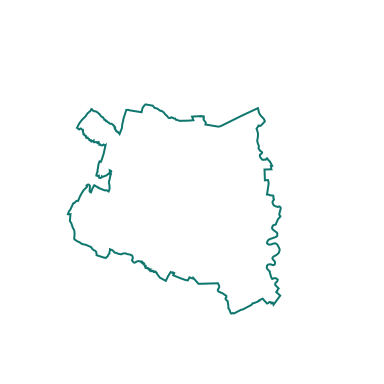 the district of Balesti, Gorj, Romania, rotated 305°
{"feature_id": "2599482B86837761601093", "entity_name": "Balesti", "entity_type": "district", "adm_level": 2, "iso_a3": "ROU", "parent_name": "Romania", "parent_adm1": "Gorj", "projection": "mercator", "projection_center": [23.167, 45.008], "detail": "fine", "context": "isolated", "style": "outline", "palette": "teal", "viewbox_px": 384, "rotation_deg": 305, "n_neighbors": 0, "source": "geoboundaries", "source_scale": "gbopen_adm2", "svg_char_len": 5993}
<svg xmlns="http://www.w3.org/2000/svg" viewBox="0 0 384 384"><g transform="rotate(305 192 192)"><path d="M298.5,197.9L282.5,188.7L262.9,178.0L261.5,177.0L260.6,176.0L255.0,164.3L255.8,164.1L256.8,163.4L257.9,160.0L259.2,159.3L259.3,159.0L259.8,159.0L260.7,158.1L258.8,155.6L259.1,155.5L253.8,148.8L251.6,152.0L248.5,148.3L243.1,140.9L242.5,138.5L242.0,137.5L242.5,135.9L242.1,135.5L241.8,134.8L241.8,133.5L241.2,132.1L240.4,132.0L239.4,130.8L239.4,129.7L240.0,127.9L240.2,125.7L241.0,123.1L241.0,120.3L240.4,119.7L240.3,119.2L240.4,116.0L240.1,114.6L239.4,113.2L240.2,110.3L237.1,103.7L235.6,103.3L232.5,103.3L228.4,104.9L223.2,94.2L222.8,92.9L221.6,91.1L212.2,94.0L210.8,94.8L208.0,95.8L204.2,97.9L198.0,99.4L198.3,98.6L198.2,98.2L198.7,97.9L198.5,96.5L198.7,96.3L198.3,95.8L198.6,94.5L199.2,93.8L199.2,93.1L200.3,92.4L200.0,91.9L200.2,91.6L201.1,91.4L201.4,90.5L201.4,89.4L201.7,89.2L201.8,87.0L201.2,86.3L200.9,85.3L200.9,84.4L201.1,84.0L200.9,82.7L201.2,81.6L200.7,80.9L201.3,79.9L200.9,78.8L201.3,78.5L201.5,77.5L202.1,76.4L201.8,75.5L201.9,73.9L202.8,71.4L202.7,70.3L203.0,69.6L202.9,67.0L202.5,66.2L202.1,65.8L202.0,65.0L201.9,63.9L202.4,62.7L202.2,62.0L200.5,62.3L196.3,61.3L192.9,61.4L188.0,60.5L183.5,60.3L178.6,61.0L178.5,63.7L179.9,64.1L180.3,64.6L180.0,66.0L180.4,66.9L179.7,67.7L178.9,67.9L178.4,68.8L177.0,70.0L177.4,70.8L176.8,71.5L176.8,72.1L177.1,72.9L175.7,74.2L175.9,74.8L176.7,75.3L176.2,76.4L176.4,77.4L175.6,78.2L175.7,78.7L176.4,79.3L175.5,80.4L175.6,80.7L176.3,80.8L176.7,81.5L177.7,81.9L176.6,82.7L176.5,83.1L178.3,85.4L178.3,85.8L177.9,86.2L177.9,86.6L179.0,86.6L179.3,86.8L178.7,87.4L178.4,88.4L177.5,89.1L178.3,89.9L178.3,91.0L178.5,91.7L180.2,92.4L180.1,93.4L180.5,94.2L180.8,94.3L172.6,97.7L166.9,99.5L164.3,100.0L164.0,98.7L161.6,99.3L154.7,102.6L154.4,103.1L152.9,103.2L150.6,104.2L150.9,105.2L152.0,106.3L151.3,106.8L151.0,106.7L150.4,107.9L151.0,109.1L152.1,109.5L153.1,109.2L153.0,110.0L156.5,112.4L158.4,112.9L158.9,113.5L159.7,113.5L162.0,112.8L162.6,112.2L162.8,113.5L162.5,114.1L161.6,114.0L160.9,114.4L160.2,115.4L159.7,115.3L152.0,118.5L150.3,120.4L147.4,122.6L144.6,123.4L144.4,121.2L144.2,120.6L143.3,119.7L141.7,112.9L142.0,112.8L141.6,110.1L141.5,108.1L138.4,108.3L133.7,109.4L133.6,108.2L134.0,107.6L138.4,105.0L138.9,103.4L138.6,102.7L138.0,102.2L136.8,101.9L136.3,103.0L131.2,102.2L128.3,102.3L123.9,102.8L119.3,103.8L118.5,102.5L115.4,101.9L114.7,101.2L108.0,102.4L104.9,102.4L102.6,103.1L102.8,103.6L104.2,105.1L98.2,108.6L97.1,111.2L94.3,114.9L93.4,116.9L92.6,118.0L90.1,120.0L86.3,122.2L85.8,122.8L85.8,126.0L86.3,128.7L86.3,131.6L87.9,135.5L89.0,140.9L88.2,143.0L88.0,144.7L88.3,146.3L88.1,147.7L87.1,148.6L86.8,149.2L85.5,150.1L87.9,157.9L88.3,158.3L88.6,159.3L91.4,159.8L92.3,159.5L94.3,159.6L95.3,158.9L97.2,158.3L98.1,157.7L98.7,160.8L98.1,162.5L98.1,163.7L98.7,165.0L99.1,167.0L100.3,169.7L102.1,170.8L103.6,172.7L104.0,174.6L105.1,176.9L105.6,179.1L105.1,180.2L104.3,181.1L103.6,181.6L101.6,181.9L100.9,184.3L101.0,185.2L101.3,185.7L103.3,186.6L104.7,187.7L105.6,189.7L105.5,190.1L105.9,190.1L106.1,190.4L105.7,190.8L106.1,191.2L105.7,191.5L106.0,191.8L106.0,192.5L105.8,192.7L106.0,193.0L105.8,193.2L105.9,194.0L105.6,194.2L105.2,193.8L105.2,194.4L104.9,194.4L104.8,195.4L104.2,196.0L104.5,196.3L104.0,196.4L104.0,197.1L103.7,197.1L103.6,197.4L103.2,197.6L103.4,198.1L103.6,197.9L104.0,198.4L104.2,198.8L103.8,198.9L103.8,199.2L104.2,199.4L104.4,200.4L104.0,200.5L103.9,200.8L104.2,201.1L103.8,201.3L104.3,202.0L103.9,201.9L103.9,202.4L104.1,202.6L103.8,202.8L103.9,203.1L103.5,203.2L103.6,203.4L103.5,203.8L104.7,204.8L104.6,205.1L105.0,205.4L104.5,206.6L105.3,207.6L105.6,207.3L105.9,208.0L105.4,208.6L105.5,209.5L104.9,210.3L103.4,214.8L104.2,221.5L109.3,220.7L114.2,220.4L114.5,222.6L115.2,222.5L115.4,224.0L113.0,224.4L114.9,232.7L116.3,237.5L117.2,239.3L120.6,238.9L121.8,242.9L122.3,242.6L120.5,250.0L132.1,265.6L130.5,268.3L129.3,269.0L126.6,269.3L125.9,270.0L125.7,271.2L126.1,272.1L126.0,273.0L126.5,274.4L126.6,279.7L125.4,280.5L124.3,280.4L123.8,280.7L123.3,281.4L123.1,283.7L119.5,287.2L117.6,288.5L117.1,290.2L115.4,292.5L115.0,293.3L115.0,294.0L116.3,294.9L116.5,296.0L123.9,299.9L124.8,300.9L133.7,305.5L135.5,305.5L137.1,306.9L139.6,308.5L141.3,309.4L141.5,309.1L142.4,309.5L145.1,311.0L145.0,312.1L144.7,312.8L143.7,317.4L144.6,318.1L146.2,318.5L146.9,319.4L146.9,319.9L146.3,320.8L147.5,321.3L147.7,321.8L146.4,323.4L157.7,323.7L158.3,318.7L158.9,318.8L159.0,318.3L162.7,318.3L163.6,313.4L165.5,312.5L167.8,313.1L169.4,312.5L169.5,310.5L169.3,309.7L167.8,308.1L167.0,307.9L166.8,307.2L168.2,304.9L169.9,303.0L170.4,302.1L171.4,301.5L172.2,297.5L173.1,296.5L174.8,295.7L176.1,295.9L177.5,297.3L178.1,298.5L178.3,299.8L178.9,300.8L180.1,301.3L181.0,301.1L182.3,300.0L182.6,299.5L183.3,296.6L183.6,296.1L184.5,295.6L185.9,295.8L188.6,297.2L191.4,298.0L193.0,297.7L195.1,296.9L196.1,295.5L197.6,292.6L197.8,292.0L197.9,290.3L197.7,289.6L196.6,288.4L194.2,286.7L193.1,285.3L192.8,283.8L193.2,282.8L193.8,282.4L195.5,282.0L197.4,282.3L203.1,286.4L204.8,287.0L206.8,285.8L207.4,284.9L207.6,279.6L208.4,278.2L210.1,277.6L211.3,277.6L213.2,279.2L219.3,278.0L221.3,278.4L222.9,278.3L222.9,277.5L223.6,276.3L229.4,274.1L230.2,273.3L230.3,272.1L230.1,271.6L229.0,271.0L228.3,268.9L228.0,267.3L228.1,266.3L228.6,265.3L229.3,264.2L230.4,263.5L232.8,263.5L233.1,263.3L233.3,262.5L235.5,260.9L235.5,260.3L234.1,257.9L233.8,256.3L232.9,254.9L243.0,249.9L245.4,247.5L243.4,245.0L252.0,238.5L256.1,244.0L256.5,243.4L258.3,242.3L258.7,241.7L259.4,242.6L261.0,239.7L261.8,237.7L261.9,236.3L262.7,234.4L262.4,233.9L260.6,233.8L260.3,233.0L259.0,231.7L258.8,230.7L259.8,227.6L260.2,227.1L261.5,226.3L263.7,227.0L264.6,226.7L264.9,226.0L264.8,224.4L265.8,221.6L268.1,220.3L269.5,218.1L271.4,216.0L275.6,214.0L278.2,212.1L281.0,208.5L284.3,208.7L284.6,208.4L284.9,208.7L285.0,209.8L285.8,210.3L291.4,211.2L292.0,210.8L293.1,208.8L293.9,204.9L294.5,203.0L295.5,201.3L298.5,197.9Z" fill="none" stroke="#0f766e" stroke-width="2"/></g></svg>